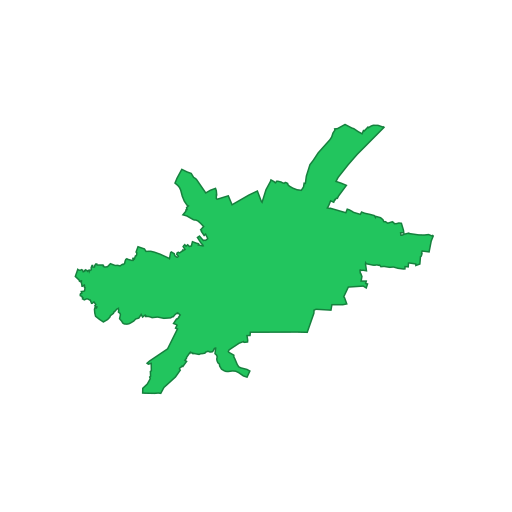 the district of Iasi, Iasi, Romania, rotated 119°
{"feature_id": "2599482B38113668882079", "entity_name": "Iasi", "entity_type": "district", "adm_level": 2, "iso_a3": "ROU", "parent_name": "Romania", "parent_adm1": "Iasi", "projection": "equal_earth", "projection_center": [27.601, 47.156], "detail": "fine", "context": "isolated", "style": "filled", "palette": "green", "viewbox_px": 512, "rotation_deg": 119, "n_neighbors": 0, "source": "geoboundaries", "source_scale": "gbopen_adm2", "svg_char_len": 6154}
<svg xmlns="http://www.w3.org/2000/svg" viewBox="0 0 512 512"><g transform="rotate(119 256 256)"><path d="M230.5,144.1L226.4,144.9L226.9,146.8L224.5,147.4L227.0,151.9L222.6,153.4L220.4,156.0L220.4,156.5L218.3,158.0L217.6,158.1L217.4,156.6L216.6,155.6L215.4,152.2L210.0,156.3L208.8,156.8L209.3,155.8L207.2,149.1L206.3,147.4L205.2,146.1L204.6,144.0L204.0,143.4L204.8,141.6L203.0,138.9L201.1,133.6L199.0,130.5L197.9,125.8L195.9,120.8L195.1,119.5L193.0,120.5L191.7,117.6L188.3,119.2L187.8,118.6L185.5,112.4L186.8,111.6L183.6,108.8L176.9,111.8L176.0,111.4L174.5,111.7L173.6,111.9L173.7,112.4L171.1,113.1L168.5,106.6L158.0,110.0L152.6,110.7L152.4,111.4L153.1,111.6L153.6,115.5L156.1,119.0L158.7,124.0L162.3,133.4L162.0,133.6L165.2,137.0L167.0,138.3L167.6,139.3L165.6,140.8L165.0,140.1L164.2,137.9L162.0,139.5L156.9,144.7L157.9,147.1L159.5,148.7L160.7,150.6L159.9,152.1L160.3,153.0L160.0,153.4L163.5,156.7L163.2,159.4L164.0,160.9L162.7,162.6L162.1,165.6L163.3,170.6L164.3,170.3L163.3,172.2L164.3,176.3L165.9,181.6L166.4,185.0L169.0,184.9L170.6,192.1L170.4,192.8L170.4,196.6L170.8,198.9L174.6,198.4L178.2,214.2L178.6,214.4L179.4,216.9L176.4,216.9L171.6,217.5L171.3,214.1L168.5,214.5L168.4,213.9L166.9,213.9L166.2,213.4L166.1,212.8L163.5,212.9L150.4,211.2L151.0,216.7L152.0,222.2L147.5,222.3L131.2,219.6L118.1,216.8L81.4,206.4L81.2,207.0L81.6,207.2L82.6,212.7L84.9,216.9L86.5,218.3L89.3,219.9L89.0,220.6L94.1,221.9L94.0,222.4L94.5,222.4L94.5,222.8L97.7,222.5L97.7,227.0L97.2,232.2L97.6,234.1L97.8,241.9L105.1,246.5L106.7,248.8L107.6,248.0L111.1,248.3L115.2,247.5L118.4,247.7L135.5,251.6L144.7,252.3L149.9,253.1L161.7,250.7L168.6,248.0L169.0,249.2L172.5,247.9L176.6,248.2L178.2,252.3L178.8,256.8L178.7,260.8L178.2,262.5L177.5,263.6L177.2,263.6L177.3,265.5L177.5,266.1L178.8,266.6L179.2,268.9L179.1,269.8L180.0,273.1L180.7,274.3L182.5,274.3L182.6,275.4L182.2,276.2L182.2,279.8L183.8,279.5L193.2,279.4L206.1,276.7L205.6,277.9L198.5,286.3L206.2,291.8L222.8,301.8L216.8,309.4L225.2,317.5L224.9,318.6L221.8,320.3L221.6,320.0L218.1,322.4L216.5,324.2L220.5,327.7L225.2,330.5L218.0,345.0L217.6,346.3L217.5,348.7L215.2,352.7L215.9,357.1L216.2,362.9L226.2,362.8L231.5,362.2L232.2,358.6L233.2,356.1L234.9,353.8L239.5,349.4L242.8,345.3L245.0,340.9L245.0,339.4L247.3,340.2L248.8,338.9L249.3,339.6L251.1,339.1L255.4,339.9L254.5,336.0L254.6,328.7L254.4,327.4L253.7,326.0L253.5,323.8L254.2,320.5L255.6,316.1L259.9,317.1L260.4,315.8L261.0,315.7L263.2,311.3L261.3,310.7L264.0,306.8L264.4,306.6L266.8,307.7L267.5,309.3L268.0,309.6L266.0,315.1L268.2,316.2L271.2,310.6L272.1,308.0L272.7,307.1L273.0,307.4L274.3,311.7L273.4,311.7L273.2,312.5L273.7,314.3L274.3,318.5L278.6,317.4L280.0,318.9L279.3,321.2L281.4,322.0L280.6,323.8L281.6,324.1L283.1,324.3L284.7,321.2L286.0,322.0L286.1,322.8L286.8,322.4L287.4,322.7L287.4,323.0L290.0,324.1L290.4,324.4L290.4,325.8L291.7,326.5L293.1,326.0L293.4,324.4L294.0,323.7L295.3,324.2L295.5,324.7L295.1,327.1L293.6,328.7L293.5,332.0L294.4,332.3L300.3,330.4L300.2,331.2L300.9,340.7L301.9,346.7L302.9,350.4L305.3,354.5L303.9,357.0L305.1,363.7L310.7,362.8L311.0,361.8L313.0,360.9L313.9,360.9L314.4,361.5L317.6,360.9L317.5,362.4L318.2,362.4L318.6,361.5L319.4,361.3L320.1,362.6L321.1,366.7L321.0,367.6L322.1,368.2L323.9,368.0L326.3,367.3L327.9,368.1L327.8,368.5L328.2,368.9L330.6,370.1L331.2,372.4L332.6,374.6L333.3,379.6L337.4,380.7L339.0,382.9L339.1,384.5L338.2,384.8L338.1,385.5L340.9,390.5L340.8,391.1L340.2,391.4L340.7,392.3L342.8,392.4L343.7,391.9L344.3,392.2L344.8,393.6L343.5,394.3L343.8,394.8L346.1,394.5L347.7,393.5L348.5,393.6L349.1,394.4L350.3,394.3L349.3,395.1L349.8,395.6L351.1,395.9L350.7,396.8L350.7,398.2L351.4,398.1L351.7,398.9L352.1,398.6L352.8,398.8L353.6,399.5L352.6,400.8L352.4,401.8L353.8,402.9L354.3,404.5L354.1,405.4L361.5,404.1L362.5,400.2L363.3,397.8L363.6,397.9L363.6,397.0L362.4,396.8L362.4,396.5L363.4,396.3L366.3,393.8L366.7,393.7L366.5,392.9L365.2,392.4L364.6,392.0L364.8,391.8L366.7,390.7L366.6,390.1L369.6,389.1L370.4,389.6L371.8,391.6L373.2,390.3L374.1,391.2L375.3,390.9L375.9,390.4L375.7,388.6L376.4,388.0L376.5,387.1L377.6,387.0L377.6,384.9L375.5,383.3L375.1,382.1L375.1,379.8L374.9,379.6L377.1,376.9L376.8,376.3L374.7,375.5L376.1,372.6L377.8,372.8L378.0,371.6L377.7,370.4L378.9,370.3L379.5,371.8L381.0,371.4L384.0,369.4L386.5,367.1L387.3,362.3L387.7,357.5L383.5,355.0L380.4,354.2L378.7,354.4L375.3,352.9L373.7,353.1L373.2,352.7L369.9,352.0L368.5,351.0L369.3,350.6L369.6,350.0L371.8,349.1L372.1,347.1L373.1,346.1L377.0,344.9L378.3,341.5L379.2,340.2L379.3,338.3L378.2,335.9L376.9,334.3L375.3,333.2L372.2,331.4L369.4,330.7L367.1,328.4L362.8,328.1L364.4,325.6L361.4,324.3L361.5,323.5L362.4,323.1L361.1,320.9L360.5,318.8L360.3,317.0L357.1,312.5L355.2,306.4L351.5,300.7L349.4,299.4L349.2,298.9L346.4,298.4L344.3,297.4L344.4,296.9L343.7,296.8L344.3,293.7L347.0,294.0L347.2,293.7L349.4,294.4L349.6,295.0L355.0,295.4L354.6,292.3L354.8,291.5L358.1,291.4L357.9,289.3L380.1,288.3L399.5,298.2L402.6,299.3L402.8,297.7L400.7,295.6L407.1,291.9L408.2,292.4L412.3,289.9L413.4,290.3L414.4,289.1L415.1,289.0L420.7,289.0L426.6,290.9L430.8,288.7L429.9,286.8L425.3,278.1L423.2,275.0L422.3,272.7L415.6,272.8L400.9,267.8L392.6,266.9L391.9,268.2L391.1,268.4L388.9,267.4L388.0,267.3L388.1,266.4L381.8,265.6L381.7,267.6L379.2,267.2L378.3,267.6L372.8,267.0L372.9,266.6L371.8,266.6L372.0,264.2L371.5,264.2L371.6,263.0L371.2,262.7L369.7,258.1L368.0,256.8L367.8,256.1L365.8,253.6L364.5,253.4L362.6,251.8L362.3,249.7L361.0,247.8L360.3,247.5L357.3,247.6L356.3,247.1L356.1,246.6L361.3,244.5L361.7,242.7L362.9,241.1L365.1,240.4L366.5,239.3L367.9,237.5L368.2,235.7L369.9,234.4L371.7,231.3L371.8,228.0L371.5,226.3L370.6,224.4L367.9,220.8L366.6,217.9L366.4,214.8L367.0,208.9L366.3,205.1L359.6,205.6L359.6,208.9L361.2,215.1L361.3,217.4L360.0,219.8L356.0,224.9L355.1,226.4L353.5,227.3L353.4,233.2L353.0,233.9L351.1,234.0L340.6,228.6L336.9,225.5L337.3,225.0L337.1,224.2L335.3,221.7L333.7,222.4L330.0,225.3L328.4,222.7L325.4,224.0L302.5,183.0L297.9,174.2L278.1,177.6L275.2,179.0L273.5,177.7L267.0,164.2L261.8,166.0L256.4,156.3L253.9,153.4L249.6,158.3L249.1,159.5L238.4,160.2L230.3,147.6L230.5,144.1Z" fill="#22c55e" stroke="#15803d" stroke-width="1.5"/></g></svg>